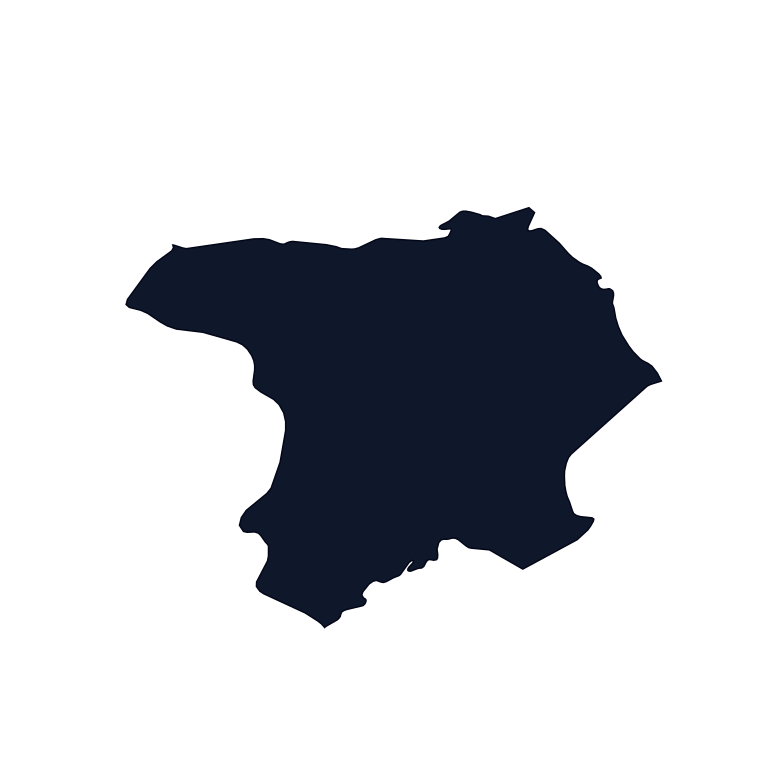 an SVG outline of Värmland, rotated 317°
{"feature_id": "SWE-188", "entity_name": "Värmland", "entity_type": "County", "adm_level": 1, "iso_a3": "SWE", "parent_name": "Sweden", "parent_adm1": "", "projection": "natural_earth1", "projection_center": [13.103, 59.9], "detail": "fine", "context": "isolated", "style": "filled", "palette": "ink", "viewbox_px": 768, "rotation_deg": 317, "n_neighbors": 0, "source": "natural_earth", "source_scale": "10m", "svg_char_len": 2979}
<svg xmlns="http://www.w3.org/2000/svg" viewBox="0 0 768 768"><g transform="rotate(317 384 384)"><path d="M319.7,141.9L323.2,140.6L324.3,138.3L324.9,138.9L329.6,147.3L331.7,150.2L387.6,189.0L394.7,195.3L398.6,200.4L403.6,210.6L405.0,212.4L406.6,213.8L409.4,214.6L411.7,215.6L414.3,217.3L436.8,242.8L442.6,250.9L445.2,255.9L445.5,256.3L452.1,263.2L454.4,265.1L458.1,267.1L476.5,273.0L481.2,275.5L510.3,306.3L527.9,318.5L531.6,319.9L535.0,318.8L537.8,317.6L538.6,316.6L538.5,315.8L533.6,312.0L531.8,310.1L530.9,308.3L531.1,307.2L532.5,306.8L534.1,306.9L542.7,309.3L556.6,310.1L559.2,311.2L561.6,313.3L565.1,318.0L569.7,325.6L570.6,328.1L574.8,332.5L578.2,339.0L610.2,353.9L611.0,361.3L597.0,367.1L594.6,368.7L594.1,370.3L595.0,371.6L596.9,372.9L602.2,375.3L604.9,377.4L606.6,381.5L608.2,400.4L607.8,414.4L608.1,419.7L609.8,428.2L611.1,431.9L613.4,436.7L614.8,441.0L616.1,450.1L615.8,453.3L615.0,454.6L613.1,453.8L611.7,453.4L610.0,454.0L608.6,455.8L607.4,459.2L607.5,461.9L608.6,464.0L610.4,465.7L613.5,467.7L614.0,468.3L614.8,471.7L613.9,473.9L612.2,475.9L606.6,480.1L605.6,481.5L605.1,482.9L604.1,485.1L598.3,494.0L594.5,501.8L591.4,510.4L588.9,523.2L588.2,530.3L588.4,540.1L588.9,542.9L591.2,549.4L592.1,553.9L591.3,562.4L588.9,571.0L578.9,566.2L576.5,565.4L574.6,565.0L473.2,562.9L468.7,563.6L463.3,566.2L456.8,570.7L452.9,574.6L447.1,581.4L443.7,586.6L441.2,591.2L439.1,597.0L435.3,605.2L434.3,608.1L435.1,611.5L437.3,615.1L444.9,623.8L445.3,625.9L443.5,627.1L438.5,628.7L433.6,629.7L419.1,629.6L359.3,614.0L347.9,577.1L335.8,563.5L334.4,561.4L333.6,558.4L332.2,548.5L330.9,545.3L328.8,543.2L325.6,541.5L323.6,540.0L321.9,538.2L319.4,537.0L315.9,537.3L310.2,540.9L306.8,545.6L304.4,547.8L302.6,548.3L300.2,546.8L297.8,543.6L296.5,542.8L295.2,542.6L292.7,543.1L289.0,544.5L287.8,544.5L286.0,544.2L284.4,542.9L282.8,541.9L275.9,539.1L274.7,537.9L274.3,536.7L275.2,535.6L277.2,535.0L283.1,534.5L284.7,533.7L284.9,532.7L283.4,531.9L280.5,531.6L266.2,534.5L264.2,534.3L259.0,532.2L250.7,530.0L248.2,528.7L246.8,526.9L244.5,522.4L241.3,520.7L236.6,520.1L226.9,521.5L223.8,523.2L223.1,526.6L223.7,528.5L223.5,529.7L222.8,530.5L220.9,531.5L219.4,531.8L217.4,531.7L202.8,523.4L199.8,522.2L197.4,521.9L195.0,523.1L193.4,524.2L190.9,524.6L188.9,524.6L177.0,521.8L174.5,521.5L174.6,521.3L174.7,516.7L173.9,511.9L170.2,497.6L153.0,455.4L151.9,450.8L152.6,445.1L155.8,441.9L178.1,434.0L182.1,431.1L188.6,424.2L189.5,422.4L189.5,418.6L190.6,410.5L190.4,407.3L188.4,403.8L187.4,403.0L182.7,399.0L180.7,396.0L181.9,388.8L186.0,386.1L188.6,384.4L197.2,382.5L223.6,384.2L230.4,383.2L254.6,370.4L280.4,350.9L286.4,344.5L291.0,336.7L293.3,327.4L292.8,319.8L288.6,306.2L287.3,299.0L288.0,295.5L290.2,292.7L299.0,285.5L302.2,282.1L304.8,278.0L306.7,272.9L307.9,265.3L307.3,258.7L305.0,252.7L286.8,222.6L269.6,202.2L265.2,193.9L262.8,186.4L259.3,171.0L256.3,164.0L250.0,154.3L249.6,150.0L254.1,147.2L291.8,140.0L301.3,139.7L319.7,141.9Z" fill="#0f172a" stroke="#020617" stroke-width="1.5"/></g></svg>